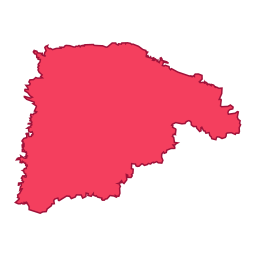 Sylhet, Sylhet, Bangladesh (Mercator projection)
{"feature_id": "16705992B47932115867008", "entity_name": "Sylhet", "entity_type": "district", "adm_level": 2, "iso_a3": "BGD", "parent_name": "Bangladesh", "parent_adm1": "Sylhet", "projection": "mercator", "projection_center": [91.877, 24.89], "detail": "fine", "context": "isolated", "style": "filled", "palette": "rose", "viewbox_px": 256, "rotation_deg": 0, "n_neighbors": 0, "source": "geoboundaries", "source_scale": "gbopen_adm2", "svg_char_len": 5685}
<svg xmlns="http://www.w3.org/2000/svg" viewBox="0 0 256 256"><path d="M23.0,203.9L23.2,203.3L24.0,203.7L24.2,202.8L24.7,203.5L25.4,202.6L26.0,203.4L26.7,202.4L29.1,206.6L29.1,209.6L40.2,213.2L42.7,211.9L46.2,211.6L47.2,208.9L51.4,205.7L51.7,204.0L54.3,203.7L53.7,200.4L55.0,198.9L57.9,198.1L58.5,200.4L59.2,200.6L66.6,196.0L69.6,196.3L71.3,198.6L75.3,197.0L76.4,194.9L81.2,195.0L82.7,198.1L85.9,196.5L86.1,193.1L88.2,193.6L87.9,195.4L91.2,196.3L93.3,193.6L93.3,194.8L94.0,195.5L95.7,196.1L96.2,195.7L97.6,197.1L101.9,198.2L101.7,199.6L102.6,200.2L104.4,200.1L105.4,199.0L107.1,198.8L110.0,195.5L113.9,196.0L115.6,196.8L115.5,195.7L116.6,196.7L116.7,196.1L118.8,196.3L119.9,193.3L119.6,188.1L120.4,186.3L119.5,185.0L119.6,183.9L118.0,183.5L119.1,183.2L121.6,180.7L122.1,181.8L121.5,182.6L122.5,182.4L124.0,183.5L126.8,179.8L126.3,174.5L127.7,175.1L127.8,177.4L131.0,177.5L132.2,175.9L131.5,174.6L132.9,173.3L133.2,169.2L131.4,168.6L131.7,163.6L135.5,164.1L136.0,165.8L137.2,166.4L139.1,166.2L141.6,163.9L142.6,163.9L144.4,165.4L147.2,164.6L148.4,163.5L150.6,164.0L152.1,162.6L153.4,162.3L153.8,162.9L156.7,161.6L158.2,162.8L161.8,163.1L162.9,160.3L161.6,157.1L161.7,154.5L162.3,153.2L163.6,152.0L164.2,153.3L166.3,152.5L166.8,150.2L170.9,148.5L174.7,148.4L174.8,147.1L173.1,145.0L175.0,145.0L176.1,143.7L177.7,142.9L174.4,142.4L173.7,137.4L172.4,136.4L173.3,134.4L175.4,134.6L175.0,133.5L175.5,133.3L175.9,129.6L175.6,128.9L172.6,127.3L172.8,125.5L171.7,125.2L172.4,124.2L175.7,122.6L181.9,123.8L185.0,123.5L186.3,121.7L188.4,120.7L189.6,120.8L191.2,122.3L191.3,124.8L193.5,126.6L196.3,126.5L196.8,128.2L199.7,131.5L201.0,130.8L201.0,127.6L201.8,127.2L203.6,130.8L204.9,131.0L205.9,133.2L209.1,132.6L209.8,135.6L211.2,136.8L211.8,138.7L215.9,139.7L216.5,137.5L217.3,136.8L219.2,137.0L222.0,138.5L225.3,137.4L226.1,136.0L226.3,133.7L227.2,133.0L231.4,132.7L235.3,134.4L236.0,133.2L238.8,133.2L239.4,131.6L239.2,127.7L240.6,124.7L239.6,123.5L240.1,120.7L238.2,119.4L237.3,117.1L238.3,111.9L237.4,111.6L235.3,113.2L228.4,114.2L227.9,112.7L228.4,110.9L229.8,109.6L232.7,108.9L233.1,107.1L230.4,105.0L227.9,106.4L221.6,106.7L220.5,105.9L221.2,99.9L220.8,99.3L219.2,99.4L221.7,93.6L222.0,88.1L218.8,88.3L216.8,87.2L216.0,87.4L215.6,86.8L215.1,87.1L213.6,85.1L211.2,84.4L211.1,85.5L208.9,84.0L207.5,84.8L207.0,84.4L207.2,83.3L205.8,82.2L205.2,83.1L204.6,83.0L204.5,82.2L204.2,82.9L203.5,82.3L200.2,82.6L199.6,82.1L199.9,81.8L200.4,81.0L199.6,82.1L199.3,81.8L202.1,79.1L202.0,75.4L198.4,74.0L195.2,74.1L194.3,75.2L194.4,76.5L193.1,75.9L192.2,76.7L190.9,76.3L191.2,76.0L191.1,75.9L189.3,76.0L177.8,72.1L171.5,68.7L170.6,69.7L169.4,68.3L169.0,66.6L165.2,65.3L164.1,66.0L162.4,65.5L163.5,62.1L168.5,63.2L166.7,61.8L161.9,60.4L162.1,59.2L161.1,57.7L160.2,58.2L160.3,60.0L159.2,62.6L157.3,61.2L158.0,60.9L157.9,60.3L157.3,60.9L157.2,60.2L155.8,59.6L154.0,60.5L152.8,60.2L154.2,59.0L152.8,59.2L152.6,58.3L154.4,57.5L151.8,58.3L151.0,58.1L150.6,56.8L149.7,57.7L146.6,56.7L147.6,56.0L147.6,56.4L148.9,56.4L146.3,55.5L146.7,53.0L146.2,52.5L147.2,52.9L147.7,52.1L145.9,51.6L145.9,50.5L142.8,49.5L138.5,46.3L132.9,44.1L131.8,44.5L130.5,43.4L127.4,42.8L126.1,42.9L125.7,43.6L125.4,42.9L121.8,43.0L121.4,44.1L118.6,43.8L118.1,45.0L116.1,44.0L115.7,43.0L112.2,43.0L107.5,46.9L106.2,47.2L102.6,45.8L94.2,45.4L93.3,44.5L84.8,44.8L84.6,45.4L83.6,45.3L83.9,45.9L81.2,45.6L80.2,46.8L79.0,45.5L77.7,46.4L76.0,46.2L75.2,47.0L73.7,47.0L69.8,45.7L66.3,45.4L65.2,45.7L63.8,47.3L60.2,47.2L60.9,48.2L56.2,48.4L52.6,49.6L50.4,48.4L49.7,48.7L48.4,48.1L47.2,46.9L47.7,45.5L45.5,46.5L44.8,47.6L46.1,50.8L44.8,52.5L44.2,55.1L45.6,56.3L42.6,55.3L42.4,53.5L41.6,54.1L41.7,53.4L37.5,52.8L36.9,51.3L35.3,50.8L34.6,51.4L34.1,50.6L33.3,51.9L34.6,53.8L36.5,54.3L36.8,57.5L38.5,57.6L37.9,58.4L38.1,59.3L40.4,59.5L40.0,62.0L38.2,64.3L38.4,65.9L39.4,65.2L37.8,67.2L38.6,68.7L38.0,69.9L39.1,72.2L42.1,74.9L40.7,76.5L42.3,77.8L37.7,78.2L35.8,77.5L33.4,79.6L29.9,79.9L28.9,82.0L30.2,83.5L29.9,84.7L28.3,85.4L25.9,85.3L27.9,88.0L28.2,89.5L25.1,89.3L24.8,90.0L24.9,91.0L27.7,92.6L30.3,96.0L32.3,97.2L30.2,98.1L25.0,96.5L24.3,96.5L24.3,97.0L26.7,99.3L34.1,102.1L34.2,103.4L33.0,103.7L36.1,105.8L36.4,106.7L34.4,111.1L36.7,111.9L35.7,113.0L34.2,113.1L33.4,114.5L30.8,114.3L30.5,115.8L31.6,116.9L31.0,117.2L30.8,118.3L29.9,118.3L30.8,119.9L29.4,120.9L31.0,120.5L31.1,121.4L31.9,122.1L31.5,123.1L28.3,123.5L28.2,123.9L31.6,124.1L31.8,124.9L30.3,126.2L30.6,127.0L28.6,127.1L27.2,128.2L28.9,128.2L28.5,130.0L29.0,131.6L30.9,132.3L32.1,131.7L33.0,133.9L32.6,134.9L31.7,134.9L31.4,136.4L29.3,136.6L28.7,136.2L28.6,133.9L27.9,134.2L27.9,133.6L27.5,134.1L27.3,133.4L26.3,133.4L26.0,133.9L26.8,134.7L26.7,137.6L23.9,138.4L22.1,140.6L22.1,141.3L22.9,141.5L23.0,143.5L23.9,143.4L24.0,143.9L23.9,146.6L23.1,147.2L22.8,144.8L22.3,145.5L22.0,144.3L22.4,147.5L23.0,147.8L23.4,149.6L22.3,149.4L22.3,151.5L24.5,151.8L24.7,151.1L25.4,152.4L26.4,152.1L26.6,153.7L26.0,155.1L27.2,155.9L25.5,156.6L26.5,157.0L26.7,157.8L25.6,158.3L23.8,157.9L20.8,155.9L21.1,157.0L19.4,158.1L19.4,158.8L18.7,157.9L17.4,158.4L16.5,159.8L19.8,159.4L20.4,160.5L20.1,162.5L21.0,162.6L22.2,161.6L22.2,162.6L23.6,161.9L24.4,163.1L25.5,163.2L25.7,165.2L27.0,165.0L27.3,166.0L26.3,166.9L26.2,168.5L24.4,168.6L23.5,170.3L22.6,170.5L23.7,171.2L24.2,172.9L25.8,174.1L25.4,175.2L26.4,175.9L25.9,177.2L24.2,176.8L24.3,175.9L22.7,175.9L21.6,178.0L20.9,177.9L22.4,179.0L22.0,180.5L23.5,181.6L23.0,182.6L18.6,183.1L18.4,185.2L19.0,185.2L19.4,183.6L21.3,184.1L21.4,185.6L20.5,186.7L19.9,189.8L20.9,188.8L22.1,188.8L19.7,193.3L17.6,195.0L18.0,196.3L17.5,197.5L19.2,198.3L19.0,199.2L15.4,202.5L18.3,203.8L20.4,203.8L21.3,203.1L23.0,203.9Z" fill="#f43f5e" stroke="#9f1239" stroke-width="1.5"/></svg>